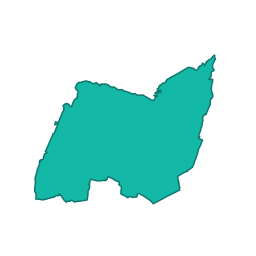 Podenii Noi, Prahova, Romania, rotated 17°
{"feature_id": "2599482B3900560303357", "entity_name": "Podenii Noi", "entity_type": "district", "adm_level": 2, "iso_a3": "ROU", "parent_name": "Romania", "parent_adm1": "Prahova", "projection": "orthographic", "projection_center": [26.195, 45.112], "detail": "fine", "context": "isolated", "style": "filled", "palette": "teal", "viewbox_px": 256, "rotation_deg": 17, "n_neighbors": 0, "source": "geoboundaries", "source_scale": "gbopen_adm2", "svg_char_len": 5694}
<svg xmlns="http://www.w3.org/2000/svg" viewBox="0 0 256 256"><g transform="rotate(17 128 128)"><path d="M62.2,222.4L67.8,221.6L68.3,221.2L69.2,220.7L69.4,220.4L70.8,219.9L73.2,218.0L74.4,217.5L76.2,216.3L77.4,215.9L78.4,214.2L78.9,214.1L79.7,213.4L80.4,213.3L81.4,212.8L81.7,212.3L81.5,211.9L81.6,211.6L81.8,211.6L82.3,212.3L82.5,212.3L82.4,211.3L82.6,211.4L83.1,211.9L84.4,212.3L85.5,213.8L86.2,214.1L87.7,215.5L89.1,216.3L90.6,216.9L90.6,216.6L91.5,215.7L93.0,215.2L94.0,215.0L94.2,214.9L94.4,214.1L94.5,213.9L95.9,213.6L98.3,214.4L109.8,208.9L109.9,208.2L109.8,207.8L109.6,207.6L109.7,207.0L109.7,206.5L109.5,205.7L109.0,202.7L108.7,201.6L108.3,200.6L108.3,199.1L108.7,197.9L108.4,195.1L108.1,194.2L107.8,193.7L107.0,193.4L107.4,192.8L107.1,192.0L107.5,191.6L107.2,190.5L107.1,188.2L110.2,187.7L113.5,187.6L114.6,187.4L118.0,186.2L120.6,184.8L120.8,184.8L120.9,185.2L121.1,185.2L121.9,184.4L122.4,184.4L122.5,183.9L122.7,183.6L122.8,183.2L123.0,183.0L122.8,182.5L123.0,181.9L122.9,181.0L123.1,180.2L129.2,181.2L130.2,181.7L132.1,181.9L132.8,182.1L134.4,182.1L135.8,182.3L135.7,184.7L136.7,185.1L137.0,185.5L138.1,185.4L138.5,185.8L138.9,186.6L139.4,188.0L139.6,189.9L140.1,191.6L140.4,193.0L142.4,193.5L144.8,193.8L146.9,194.5L148.2,194.7L148.6,194.0L150.3,192.8L151.0,192.7L152.3,193.1L153.3,192.6L156.3,191.6L156.7,189.9L156.2,188.9L156.2,188.4L156.7,188.0L158.2,187.3L161.3,188.2L163.4,188.6L166.4,189.6L169.0,190.3L171.4,191.3L174.3,193.0L181.7,185.7L184.0,183.2L195.5,172.3L194.6,170.1L194.9,169.9L193.5,167.5L193.0,166.2L192.7,166.0L192.3,165.4L192.3,165.0L192.4,164.9L190.3,161.7L189.9,159.3L195.2,153.7L197.5,151.9L197.0,151.3L198.5,150.0L201.1,146.7L201.0,146.1L201.6,142.5L201.3,139.8L201.6,138.9L201.8,137.1L201.9,132.1L201.8,131.6L201.6,127.4L202.1,125.1L202.5,122.6L202.5,120.6L202.8,118.0L202.4,117.9L202.5,117.8L201.8,117.6L198.6,117.4L198.7,116.3L198.9,116.3L199.0,115.4L198.2,115.4L197.9,114.0L198.1,108.4L197.9,107.4L197.8,106.8L198.1,105.4L197.8,102.7L197.5,101.6L197.6,99.8L197.2,98.3L196.9,97.8L196.1,95.7L197.0,93.6L197.9,92.0L198.5,92.3L198.5,92.0L198.7,91.8L198.8,89.5L199.0,88.4L199.2,84.9L199.7,83.0L199.8,81.6L199.4,80.1L199.0,79.1L198.7,77.9L198.7,76.5L199.5,74.9L199.9,73.7L199.4,71.5L198.2,69.8L197.2,68.8L196.6,67.3L196.6,66.9L196.5,66.5L196.0,65.9L195.8,65.3L195.8,65.0L195.9,64.8L195.9,64.5L195.6,63.4L195.4,61.8L195.4,59.2L195.2,58.8L194.9,58.8L194.7,58.4L195.1,57.2L194.5,56.8L194.1,56.8L191.9,57.8L191.6,57.9L191.1,57.7L191.7,56.1L192.2,55.7L192.3,55.2L192.0,54.2L192.2,53.4L192.2,52.9L191.5,51.6L191.3,50.8L191.3,50.2L191.8,49.5L192.2,49.2L192.3,48.9L193.1,48.3L193.4,47.8L193.2,47.3L192.6,46.6L191.9,46.2L191.3,45.6L190.8,44.4L190.4,42.5L190.5,41.1L190.7,40.5L190.8,39.6L191.1,38.7L191.0,37.7L191.5,36.5L190.1,34.9L189.6,33.1L189.4,33.1L188.9,33.9L188.2,34.6L188.1,35.6L187.7,36.2L187.1,37.7L186.6,38.0L185.8,39.0L185.2,39.3L184.8,40.3L184.1,40.9L184.0,41.4L183.6,41.9L183.7,42.9L183.3,43.4L183.2,44.6L182.9,45.5L182.7,45.1L180.3,44.2L180.2,44.3L180.2,44.8L180.3,45.7L180.2,46.5L178.9,47.4L178.0,48.7L177.7,49.9L177.9,50.8L177.1,52.1L176.4,52.6L175.7,52.9L175.2,52.9L174.3,52.3L173.6,52.0L172.3,51.9L170.2,52.1L169.3,52.0L167.9,52.5L167.4,52.8L165.5,55.0L164.5,56.0L163.1,57.7L162.0,58.8L161.3,59.7L159.8,61.4L158.5,62.5L157.5,63.7L153.4,67.7L152.6,68.8L151.5,69.8L150.8,71.1L150.4,73.4L150.1,74.0L148.9,74.6L148.3,74.7L147.5,76.3L146.2,77.7L146.4,78.2L145.6,78.7L145.4,80.1L145.7,81.0L145.2,81.8L144.7,82.1L144.9,82.3L145.3,82.3L145.3,82.9L145.0,83.3L145.2,84.0L145.4,84.1L146.0,83.9L148.2,82.3L148.5,83.0L148.8,83.8L149.1,84.3L148.1,84.4L148.0,84.6L147.3,84.4L146.8,84.9L146.9,85.4L146.6,85.5L145.6,85.6L144.4,85.5L144.1,86.3L143.7,86.7L143.7,86.9L144.4,87.1L144.8,86.9L145.1,87.1L145.8,87.7L146.5,89.0L145.7,88.9L145.4,89.2L144.1,88.9L143.6,89.0L143.3,89.2L143.4,89.3L145.6,90.1L145.3,90.6L145.2,91.2L145.3,91.9L144.7,93.3L143.5,94.4L142.7,94.3L141.7,94.4L140.4,93.8L139.3,93.7L138.6,93.8L137.5,93.1L135.1,92.9L133.0,92.0L132.7,92.1L132.4,92.6L131.6,92.5L130.7,92.7L129.1,93.4L128.2,93.7L126.5,93.7L125.2,93.2L124.1,93.2L124.0,93.3L122.6,94.0L121.9,94.1L118.6,93.7L113.0,93.7L111.7,93.2L110.8,93.1L109.9,93.4L109.0,93.9L107.1,94.4L106.1,94.1L105.5,93.6L103.8,93.4L102.9,92.9L102.0,93.0L101.5,93.5L100.8,93.8L100.3,93.6L98.6,93.5L96.9,92.9L96.3,92.4L94.5,92.5L94.0,92.6L93.4,92.5L90.7,93.5L89.7,93.7L89.3,94.2L89.3,94.8L88.6,94.8L88.7,95.6L88.1,95.6L87.5,95.1L85.6,94.3L84.4,94.0L84.0,94.1L83.6,94.7L82.8,95.3L81.1,95.9L80.3,95.8L79.9,95.5L77.6,94.8L77.2,95.0L77.2,95.4L74.6,95.2L74.0,95.3L70.3,97.6L69.6,98.3L67.4,98.9L67.1,99.1L66.9,100.0L66.2,101.1L65.9,104.2L65.7,104.6L66.3,105.6L69.2,107.3L69.7,108.0L69.9,109.3L69.7,110.2L69.8,111.0L70.2,111.8L70.5,112.7L70.2,113.3L70.3,114.2L70.1,114.6L69.7,115.0L69.5,115.7L68.7,116.2L68.6,116.5L68.5,116.9L68.0,119.5L67.8,124.2L66.4,124.2L64.8,123.0L64.7,123.2L63.8,122.5L62.8,122.4L60.8,123.4L60.9,123.9L60.3,124.5L59.7,124.8L59.5,125.4L59.5,125.7L59.7,126.1L61.0,127.7L61.3,129.3L61.3,130.2L61.2,130.9L60.7,131.9L60.6,132.7L60.7,134.2L60.5,135.3L60.5,137.4L60.3,137.4L60.0,139.6L59.8,143.3L57.1,143.2L56.9,145.9L57.0,146.2L59.9,144.9L58.9,155.3L58.1,155.3L56.1,173.3L55.9,174.4L56.8,174.4L57.0,174.6L56.9,174.9L57.0,175.2L57.4,175.3L57.5,175.8L56.9,176.0L56.2,176.7L55.7,177.4L55.9,178.5L55.6,179.8L56.0,180.6L56.0,182.6L55.3,183.1L55.3,183.4L54.6,183.5L54.4,183.7L54.1,184.5L53.7,184.3L53.6,184.5L53.5,184.8L53.4,184.6L53.2,184.8L53.6,186.1L53.2,186.2L53.5,186.9L53.9,188.8L53.8,191.2L53.4,193.1L53.7,196.5L53.8,202.3L54.0,203.9L55.2,206.6L55.7,208.5L55.9,210.2L57.0,215.1L57.7,216.3L58.8,217.4L59.4,218.3L59.8,219.2L60.7,222.9L62.2,222.4Z" fill="#14b8a6" stroke="#0f766e" stroke-width="1.5"/></g></svg>